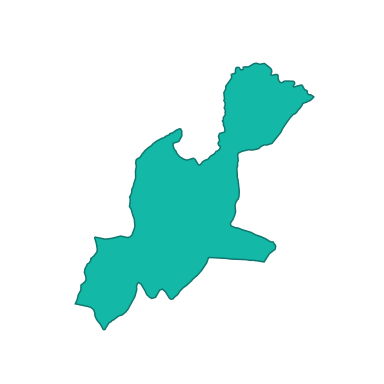 the district of Jalpatagua, Jutiapa, Guatemala, rotated 253°
{"feature_id": "79465075B35053973506085", "entity_name": "Jalpatagua", "entity_type": "district", "adm_level": 2, "iso_a3": "GTM", "parent_name": "Guatemala", "parent_adm1": "Jutiapa", "projection": "orthographic", "projection_center": [-89.986, 14.11], "detail": "fine", "context": "isolated", "style": "filled", "palette": "teal", "viewbox_px": 384, "rotation_deg": 253, "n_neighbors": 0, "source": "geoboundaries", "source_scale": "gbopen_adm2", "svg_char_len": 4551}
<svg xmlns="http://www.w3.org/2000/svg" viewBox="0 0 384 384"><g transform="rotate(253 192 192)"><path d="M205.2,130.7L204.1,131.0L200.0,129.7L196.3,127.9L193.2,128.8L187.2,128.6L183.1,128.9L176.0,127.4L173.6,126.0L168.2,121.8L167.2,119.6L167.2,118.1L167.3,117.0L170.7,111.0L171.1,102.0L172.2,95.4L176.3,87.8L176.8,87.0L177.1,86.4L176.9,85.7L176.3,85.5L171.1,85.5L165.5,84.8L162.5,83.6L159.5,79.5L157.9,75.7L156.6,75.5L155.7,74.7L154.3,73.1L153.8,71.1L149.8,67.2L146.7,65.6L141.6,65.7L139.0,65.0L137.4,63.3L135.4,58.6L130.7,57.1L126.9,53.2L122.6,50.7L119.2,47.7L112.9,59.1L111.0,61.7L109.8,62.6L107.9,63.5L105.2,63.7L101.4,63.0L97.6,63.6L91.8,65.9L87.2,66.7L86.3,67.1L86.0,67.7L86.0,68.3L86.1,68.8L87.0,69.6L88.2,70.9L91.3,74.5L91.6,76.6L92.6,78.2L92.5,79.1L94.9,85.7L94.9,89.4L96.6,93.5L98.5,96.4L100.4,98.3L108.6,106.7L114.7,110.6L117.6,111.2L120.1,112.7L121.2,114.4L118.6,116.4L111.3,118.2L107.2,118.7L103.2,121.1L102.0,122.4L101.9,126.3L107.6,132.4L107.8,135.4L106.8,135.9L104.2,137.5L97.6,139.2L96.2,139.9L95.5,140.9L95.4,143.0L96.4,144.1L98.0,148.0L100.9,151.7L103.1,155.7L104.1,159.0L107.2,165.5L108.6,167.5L110.7,172.6L114.3,178.4L118.8,183.9L119.7,185.1L124.4,188.6L123.3,192.3L121.6,196.8L118.7,204.8L116.4,209.9L111.6,223.7L109.5,227.9L108.8,230.6L107.7,232.8L107.5,233.5L104.0,240.5L110.3,247.8L112.0,252.2L112.4,253.3L112.8,254.6L115.4,256.1L117.2,256.1L118.1,255.5L120.5,255.0L121.1,253.2L122.3,251.7L122.9,251.2L126.0,248.5L127.6,246.5L128.9,245.2L132.5,240.2L136.1,236.7L141.1,229.2L143.9,225.8L145.4,222.7L148.2,219.4L150.3,219.4L151.3,220.1L154.0,223.3L157.3,226.0L160.3,227.9L166.7,229.3L169.2,230.8L171.0,232.8L171.7,234.1L174.1,235.7L179.2,237.5L190.4,239.6L192.4,239.5L196.1,240.6L198.7,241.1L201.9,241.9L203.2,243.1L206.8,244.1L208.4,245.4L214.3,246.5L215.6,247.7L216.2,250.9L216.2,253.4L215.8,258.8L214.5,261.8L214.0,266.6L214.1,268.7L215.3,271.0L216.0,274.8L214.9,277.7L215.1,278.8L215.1,282.7L220.4,290.5L222.5,293.5L223.7,295.0L225.8,296.8L226.3,297.4L229.4,301.1L234.2,307.4L236.6,311.4L236.7,313.5L237.3,314.7L238.2,316.2L239.1,317.2L239.8,318.3L240.1,319.2L240.8,320.0L241.5,321.0L242.1,321.8L242.7,322.4L243.6,323.3L244.3,324.2L244.4,325.5L244.4,327.0L244.4,327.7L244.8,329.6L245.0,331.9L246.0,334.2L247.3,336.3L248.2,335.7L249.0,335.1L249.7,334.5L250.3,333.9L250.5,333.2L250.7,332.5L251.1,331.9L252.1,331.4L252.8,331.3L253.6,331.4L254.5,331.6L255.2,331.6L255.8,331.0L256.2,330.5L256.8,329.8L257.7,329.4L258.4,329.3L259.3,329.1L260.0,329.0L261.0,328.8L261.7,328.5L262.2,328.1L262.4,327.3L262.5,325.7L262.6,321.1L262.6,320.4L263.0,319.8L263.5,319.7L264.3,320.2L264.6,320.7L265.0,321.4L265.7,321.9L266.7,322.1L267.6,321.9L268.1,321.5L268.4,320.9L270.1,316.0L270.9,313.4L270.9,312.2L270.7,311.4L270.4,310.7L270.3,310.2L270.4,309.4L270.9,308.6L271.5,308.2L272.0,307.9L272.6,307.7L273.8,307.5L274.7,307.6L275.4,307.6L276.1,307.7L276.8,307.8L277.3,308.1L278.0,308.4L278.6,308.3L279.1,308.0L279.6,307.3L279.9,306.6L280.0,305.9L280.1,304.7L280.1,303.5L280.2,302.9L280.5,302.1L281.0,301.8L281.9,301.9L282.3,302.3L282.7,302.8L283.4,303.3L284.5,303.6L285.1,303.8L285.9,303.7L286.9,303.5L290.1,301.5L293.7,298.9L293.9,298.2L294.2,294.5L294.5,293.9L295.4,292.6L296.0,291.7L296.4,291.0L296.5,290.5L296.5,289.6L296.6,288.7L296.5,288.2L296.4,287.6L295.6,284.5L295.4,283.9L295.3,283.3L295.4,281.8L295.5,280.9L295.9,280.3L296.1,279.6L296.4,277.6L295.0,277.0L294.2,276.4L294.0,275.7L294.8,274.3L297.4,273.3L298.0,271.7L297.9,270.5L296.0,269.2L293.1,268.3L292.9,264.0L289.4,263.2L283.3,255.2L280.7,254.5L277.7,251.5L271.3,250.2L270.2,249.2L267.6,249.7L265.0,248.9L263.1,247.4L259.9,247.8L258.7,246.9L256.3,246.6L253.9,243.6L251.6,243.0L251.1,241.9L248.5,242.3L247.2,241.6L244.2,242.0L240.7,241.4L239.8,240.6L239.9,235.5L238.0,234.0L237.6,233.6L233.1,233.4L231.6,231.7L230.8,231.1L229.0,231.2L227.0,232.3L225.6,231.7L224.5,230.0L223.8,228.4L223.8,226.9L221.9,224.6L221.0,220.5L218.6,216.6L218.5,213.3L217.8,211.0L215.7,208.1L215.6,207.0L216.2,206.2L217.0,205.8L222.4,204.5L223.9,203.1L223.9,201.3L223.9,196.5L225.9,193.6L229.4,190.5L232.7,189.0L236.2,188.5L237.4,187.7L241.3,187.4L244.1,188.2L244.2,194.2L248.6,198.7L253.2,200.0L255.6,199.6L256.1,198.5L255.7,194.9L254.3,191.0L254.3,188.0L253.4,186.9L252.9,182.6L252.2,181.7L252.1,178.4L250.9,172.5L249.3,168.4L248.0,166.4L247.5,164.1L245.3,159.1L242.7,155.3L240.2,152.3L239.8,149.7L239.5,148.9L239.1,148.1L238.4,147.6L236.0,146.6L232.8,146.3L228.4,144.0L221.9,142.2L216.8,138.7L214.1,137.2L212.7,135.6L208.5,133.8L205.2,130.7Z" fill="#14b8a6" stroke="#0f766e" stroke-width="1.5"/></g></svg>